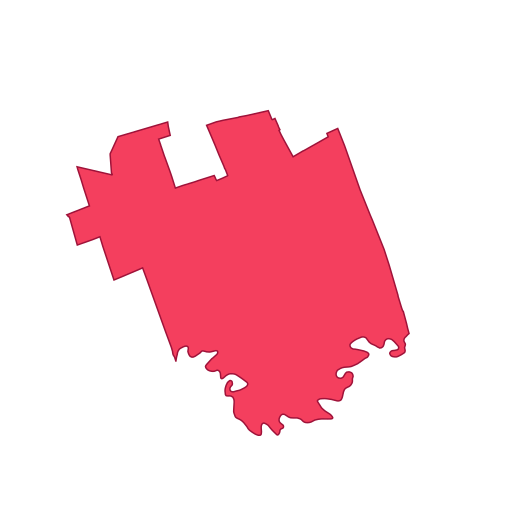 the district of Axintele, Ialomita, Romania, rotated 145°
{"feature_id": "2599482B81845077877895", "entity_name": "Axintele", "entity_type": "district", "adm_level": 2, "iso_a3": "ROU", "parent_name": "Romania", "parent_adm1": "Ialomita", "projection": "equal_earth", "projection_center": [26.784, 44.584], "detail": "fine", "context": "isolated", "style": "filled", "palette": "rose", "viewbox_px": 512, "rotation_deg": 145, "n_neighbors": 0, "source": "geoboundaries", "source_scale": "gbopen_adm2", "svg_char_len": 6053}
<svg xmlns="http://www.w3.org/2000/svg" viewBox="0 0 512 512"><g transform="rotate(145 256 256)"><path d="M387.1,396.1L386.8,396.1L386.6,394.5L396.1,367.5L380.3,363.1L372.8,361.3L376.0,351.6L386.1,317.8L372.3,314.8L355.7,311.3L359.1,298.5L373.5,245.8L377.7,229.8L379.1,225.7L379.8,224.4L380.5,222.7L380.6,221.7L380.7,219.9L382.1,215.4L381.4,216.4L378.8,219.0L376.8,220.7L375.8,221.8L374.5,222.7L373.2,223.3L372.1,223.7L370.7,223.7L367.6,223.3L365.8,222.8L364.5,222.0L364.1,221.4L363.9,220.6L364.0,219.8L364.3,219.3L366.5,216.9L367.0,215.6L367.3,214.4L367.5,213.4L367.5,211.5L366.5,209.9L365.3,209.2L363.3,208.8L357.5,208.7L355.5,209.1L354.6,209.1L353.8,208.6L352.0,206.6L351.6,206.0L349.3,204.1L348.0,203.4L343.5,201.7L342.8,201.2L342.2,200.4L342.2,199.9L342.4,199.4L342.8,198.8L343.5,198.2L344.8,197.8L350.0,197.2L351.1,197.2L358.2,195.6L359.8,195.1L360.7,194.5L361.1,193.5L361.2,192.6L361.1,191.6L360.9,190.6L360.6,189.8L359.7,188.4L358.7,187.3L357.7,186.4L356.4,185.6L355.5,185.3L353.4,184.8L352.8,184.3L352.2,183.0L352.1,182.3L352.2,181.4L352.5,180.3L354.7,176.5L354.8,175.9L354.6,175.3L354.2,175.0L353.2,174.8L350.9,175.0L349.7,175.2L347.2,175.1L345.7,174.8L344.8,174.4L343.9,173.8L342.4,172.7L341.2,171.5L340.3,170.1L339.0,166.9L337.7,163.4L336.1,158.5L335.8,157.5L335.9,156.7L336.1,155.9L337.4,154.9L338.9,154.6L340.9,154.6L345.3,155.2L346.8,155.6L349.5,156.7L352.2,157.6L352.9,158.0L353.5,158.6L353.9,159.1L354.2,159.8L354.2,160.8L354.0,161.4L353.6,162.2L352.9,162.9L351.7,163.5L349.6,164.0L348.7,164.7L347.7,166.7L347.7,167.6L348.3,168.6L348.7,168.9L349.4,169.0L350.6,168.9L351.9,168.7L354.6,167.2L356.3,165.9L357.6,164.7L358.8,163.2L360.5,160.1L360.6,159.1L360.5,158.6L359.3,157.5L357.9,156.6L356.8,155.6L355.9,153.6L356.1,152.6L356.3,151.4L356.6,150.7L357.0,149.9L357.8,148.7L362.6,142.6L363.5,141.4L364.0,140.3L364.3,139.4L365.1,136.4L365.1,135.7L365.0,135.2L364.5,133.9L363.2,131.7L362.8,130.9L362.3,129.6L361.9,128.1L361.6,126.4L361.4,123.2L361.3,121.4L361.5,119.1L361.4,118.0L361.2,116.9L360.2,113.9L358.9,110.8L358.2,109.6L357.0,107.9L356.2,107.3L355.3,106.8L354.5,106.8L353.8,107.2L352.4,108.8L350.3,112.3L349.2,113.7L347.8,114.8L346.5,115.0L345.9,114.9L345.5,114.7L344.9,114.1L343.9,112.3L343.4,111.1L343.1,110.1L342.9,106.6L342.7,104.5L342.3,102.0L341.7,98.8L341.4,97.5L341.2,97.2L340.9,97.0L340.4,96.9L339.9,96.9L338.1,97.7L336.9,98.8L336.6,99.3L336.1,99.6L335.6,99.8L334.8,100.0L332.8,99.6L332.1,99.8L331.5,100.2L331.1,100.8L330.8,101.7L331.7,104.8L331.9,105.9L331.9,106.5L331.8,107.1L331.3,108.3L330.5,109.3L329.6,110.0L328.6,110.6L327.4,111.1L326.5,111.3L325.9,111.3L324.9,111.1L324.5,110.8L323.7,110.1L323.3,109.5L321.7,105.5L320.8,104.1L320.4,103.6L318.1,101.8L315.1,99.7L313.4,97.5L312.7,96.1L312.2,93.4L311.7,92.2L310.8,91.1L310.5,90.8L309.2,89.8L307.7,89.0L306.0,88.4L302.1,87.9L301.2,87.6L298.5,86.5L295.5,84.8L290.6,81.3L288.4,79.8L287.7,79.4L286.8,79.1L286.3,79.2L285.9,79.5L285.8,79.9L285.7,80.5L285.7,81.6L285.8,82.6L286.2,84.2L288.2,89.0L288.8,91.1L289.3,93.3L289.4,94.4L289.1,101.3L288.9,101.9L288.5,102.4L287.3,102.5L286.1,102.4L285.4,102.2L283.8,101.3L281.5,99.8L279.9,98.5L276.4,95.2L272.7,90.9L272.0,90.3L271.2,89.8L269.9,89.4L269.3,89.3L268.3,89.6L266.9,90.4L266.1,91.0L262.3,94.5L260.3,95.8L259.4,96.1L258.5,96.2L257.5,96.2L254.5,95.7L252.9,95.8L252.2,96.0L250.5,96.7L249.4,97.5L248.6,98.4L248.2,99.1L247.3,100.3L245.6,101.6L245.3,102.1L245.0,102.7L244.7,103.6L244.6,104.5L244.6,105.0L244.8,105.7L245.6,107.0L246.2,107.7L246.9,108.1L248.3,108.8L250.0,108.6L253.8,106.9L254.8,106.8L256.3,107.0L256.8,107.3L257.5,107.9L258.4,108.8L258.8,109.8L259.0,110.6L258.9,111.6L258.5,112.7L258.3,113.1L257.3,114.3L256.1,115.1L255.1,115.6L254.7,115.7L251.4,115.5L249.6,115.1L247.4,114.2L243.7,112.0L241.9,111.1L241.1,110.8L238.4,110.2L234.6,109.5L229.5,109.5L225.4,109.6L223.0,109.2L222.3,109.4L221.0,109.9L220.0,110.7L219.8,111.1L219.8,111.4L219.9,112.8L220.5,113.9L221.1,114.8L222.1,116.3L224.1,118.5L226.3,120.9L228.2,122.8L229.7,124.0L230.4,125.2L230.8,126.2L230.9,126.6L230.8,127.6L230.6,128.3L230.2,129.1L229.6,129.7L227.9,130.2L225.9,130.4L223.6,130.4L221.2,130.2L216.1,129.1L214.8,128.4L214.2,127.9L213.7,127.3L213.3,126.8L213.0,126.2L212.8,125.7L212.7,120.7L212.1,118.4L211.1,116.6L210.8,116.2L209.5,114.0L208.6,111.7L208.2,111.1L207.4,109.6L206.5,109.2L205.8,108.9L205.1,108.9L203.9,109.0L203.1,109.4L201.9,110.2L199.8,112.2L199.0,112.6L197.8,113.0L196.3,112.9L195.4,112.6L194.4,111.9L193.3,110.7L192.6,109.5L191.9,106.7L191.4,102.7L191.2,100.7L191.2,100.1L191.4,99.5L191.7,99.1L192.4,98.5L192.9,98.1L193.5,98.1L194.3,98.2L196.5,99.1L198.1,100.0L199.0,100.4L199.7,100.5L200.7,100.4L201.6,100.1L202.2,99.6L202.4,99.3L202.6,98.4L202.7,97.3L202.6,96.8L202.3,96.1L201.9,95.4L200.7,94.2L199.4,93.2L198.6,92.7L197.1,92.3L193.5,91.8L190.6,91.7L189.7,91.7L189.1,92.0L188.5,92.5L187.9,93.3L186.9,95.7L185.8,96.6L184.9,97.3L184.2,98.1L184.0,98.9L183.9,100.0L183.7,101.2L183.5,101.7L183.0,102.4L182.6,102.8L181.5,103.5L180.7,103.8L179.1,104.0L177.0,104.5L175.1,104.7L173.3,109.7L171.4,114.4L167.1,126.2L167.2,126.4L167.3,127.1L166.3,130.6L162.6,141.9L162.3,142.2L152.1,172.3L147.3,187.9L140.1,218.6L139.0,223.9L132.8,250.5L121.3,291.5L120.2,295.5L115.9,313.6L127.6,315.8L128.5,312.2L156.7,314.9L157.1,315.1L168.7,316.0L166.6,335.2L165.9,340.8L165.1,345.7L164.0,345.7L163.5,349.0L163.2,349.7L161.6,357.8L164.1,358.2L164.5,358.4L164.6,358.7L164.5,359.4L162.6,368.0L183.8,376.7L190.1,379.6L191.0,379.7L205.0,386.0L211.7,388.7L221.5,391.4L224.2,378.5L226.2,369.2L228.3,360.1L230.8,347.9L231.5,345.5L231.4,344.7L233.0,338.2L233.3,338.0L238.9,339.0L244.9,340.3L244.9,341.7L244.4,343.9L244.1,345.9L259.4,350.7L263.7,351.9L275.6,355.8L283.1,357.9L279.5,369.3L278.1,374.1L274.0,389.3L273.9,389.9L271.0,399.7L270.8,400.4L270.8,401.0L270.5,401.3L268.7,407.6L257.1,404.0L253.5,412.5L251.5,416.4L300.6,432.9L314.2,424.9L316.7,423.5L317.0,423.1L317.4,422.6L326.7,407.0L327.0,405.3L327.5,405.1L351.4,431.7L352.4,428.9L355.5,418.7L358.2,410.5L363.7,392.6L387.3,398.3L387.1,396.1Z" fill="#f43f5e" stroke="#9f1239" stroke-width="1.5"/></g></svg>